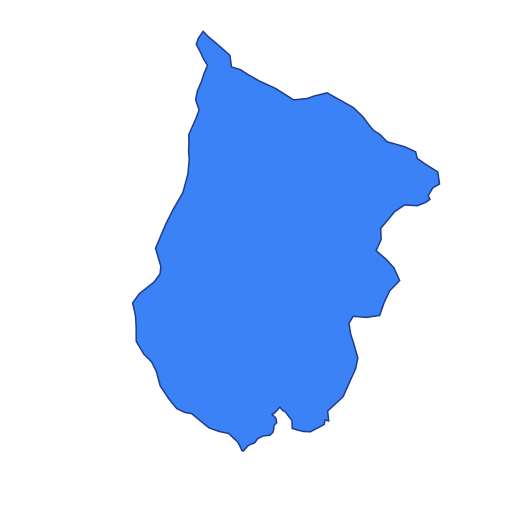 outline of Zoopigi, Limassol, Cyprus, rotated 114°
{"feature_id": "46923920B29369326831274", "entity_name": "Zoopigi", "entity_type": "district", "adm_level": 2, "iso_a3": "CYP", "parent_name": "Cyprus", "parent_adm1": "Limassol", "projection": "equal_earth", "projection_center": [33.004, 34.864], "detail": "fine", "context": "isolated", "style": "filled", "palette": "blue", "viewbox_px": 512, "rotation_deg": 114, "n_neighbors": 0, "source": "geoboundaries", "source_scale": "gbopen_adm2", "svg_char_len": 1702}
<svg xmlns="http://www.w3.org/2000/svg" viewBox="0 0 512 512"><g transform="rotate(114 256 256)"><path d="M377.1,122.5L368.5,127.5L349.1,119.2L334.4,119.2L318.4,119.2L307.7,121.5L300.9,127.2L295.7,131.6L289.1,137.5L279.8,143.7L271.6,142.7L267.1,130.0L260.0,118.9L246.3,120.0L233.3,119.7L220.0,114.8L210.8,125.1L206.1,135.7L202.3,148.4L192.0,148.4L190.0,148.4L180.1,153.3L159.1,147.4L149.1,141.2L144.4,129.0L138.0,122.8L133.5,120.1L130.7,123.3L121.5,122.1L115.6,117.6L105.3,124.1L103.1,139.3L101.2,148.5L95.9,152.5L95.7,164.3L98.3,182.9L94.7,191.7L93.5,199.5L91.0,204.9L85.3,215.0L80.8,227.4L79.2,245.0L78.0,257.4L86.2,268.0L91.0,272.9L98.1,285.1L96.9,293.0L95.0,305.9L94.8,324.1L93.4,338.0L92.1,345.8L93.3,355.2L83.3,361.5L81.0,368.6L78.2,377.8L74.8,389.6L73.2,393.4L72.3,395.7L80.6,397.2L86.9,396.7L92.5,389.6L97.4,384.0L101.6,377.8L110.4,377.7L118.7,376.8L128.8,376.7L137.8,374.7L145.8,367.4L153.7,366.8L163.2,366.8L172.4,366.8L180.6,363.0L187.9,360.1L195.1,356.2L209.0,351.5L227.8,348.6L247.2,350.6L263.1,351.4L289.8,350.9L304.2,338.7L311.3,336.4L321.2,338.5L338.0,347.3L349.1,349.6L359.5,341.8L369.4,336.7L382.7,330.7L391.4,318.3L395.2,308.3L402.1,300.0L413.6,290.7L422.1,277.3L427.6,266.4L427.8,260.7L427.8,256.9L426.1,250.8L429.4,239.3L432.1,228.7L431.3,218.3L429.6,210.4L429.2,208.6L430.3,206.0L433.3,197.1L437.7,191.6L439.7,189.5L439.2,188.2L437.1,187.5L432.0,185.9L427.3,181.3L422.0,180.0L417.4,176.3L414.2,170.5L410.2,168.8L406.8,169.4L403.8,170.7L399.8,169.3L395.9,172.0L394.2,176.9L391.7,175.1L384.4,172.7L386.3,168.7L386.3,166.2L391.7,156.2L398.8,152.8L398.1,147.3L397.1,141.5L394.5,134.9L382.2,125.2L377.7,126.2L377.1,122.5Z" fill="#3b82f6" stroke="#1e3a8a" stroke-width="1.5"/></g></svg>